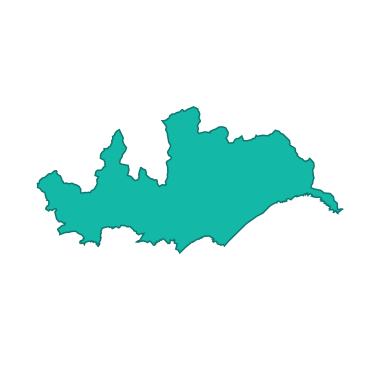 Lima, Lima Province, Peru, rotated 291°
{"feature_id": "86281439B5897753899369", "entity_name": "Lima", "entity_type": "district", "adm_level": 2, "iso_a3": "PER", "parent_name": "Peru", "parent_adm1": "Lima Province", "projection": "orthographic", "projection_center": [-76.975, -12.046], "detail": "fine", "context": "isolated", "style": "filled", "palette": "teal", "viewbox_px": 384, "rotation_deg": 291, "n_neighbors": 0, "source": "geoboundaries", "source_scale": "gbopen_adm2", "svg_char_len": 6073}
<svg xmlns="http://www.w3.org/2000/svg" viewBox="0 0 384 384"><g transform="rotate(291 192 192)"><path d="M130.8,202.4L138.0,205.7L144.9,209.6L145.1,210.2L146.1,210.7L146.0,211.1L149.1,213.2L149.4,213.7L149.1,214.2L149.4,213.9L150.7,214.9L150.6,215.6L152.9,216.9L152.7,217.3L153.1,217.2L153.9,218.2L153.4,218.9L153.9,218.3L155.6,219.8L156.0,220.9L155.7,221.2L156.8,222.6L157.1,225.3L156.6,226.0L156.7,227.0L156.3,227.1L156.2,229.1L155.3,229.2L155.0,228.7L154.9,229.2L154.6,228.9L153.7,229.0L154.0,229.4L153.0,230.0L154.0,230.9L154.5,232.4L154.4,233.0L152.7,234.3L153.0,236.7L152.6,237.7L154.3,240.0L153.2,241.6L158.3,243.3L181.6,253.9L192.7,261.2L197.8,265.8L206.6,269.6L208.6,271.0L211.9,273.8L212.3,275.1L213.3,274.9L214.3,275.9L214.6,277.2L214.0,278.4L214.9,279.2L214.8,280.1L216.1,280.6L216.0,281.6L216.8,282.2L216.8,282.9L217.8,283.3L217.2,284.2L218.4,282.9L219.6,283.2L220.5,284.4L220.2,287.1L223.6,288.7L225.6,290.3L225.3,291.0L226.0,291.3L225.5,292.1L228.6,295.5L228.6,297.5L230.3,297.5L230.9,298.5L230.2,299.1L231.8,299.4L232.3,300.0L232.0,300.5L231.3,300.2L231.2,301.4L230.8,301.0L230.4,301.4L231.1,301.4L231.6,302.2L232.0,302.0L232.8,303.4L232.1,305.6L231.0,305.0L231.0,306.6L231.5,307.3L231.1,307.6L231.8,310.8L232.8,312.3L232.9,314.2L232.4,315.1L231.9,314.9L231.4,315.5L231.2,315.2L231.0,316.0L229.9,315.5L230.5,318.6L230.1,319.4L228.9,319.4L228.9,321.2L229.2,321.4L228.2,322.0L228.4,322.5L227.9,323.1L228.7,323.6L227.7,324.9L228.1,326.1L226.3,326.5L226.0,327.0L225.0,327.0L225.1,326.5L224.5,326.8L226.0,329.8L225.1,331.6L223.8,331.2L223.7,331.7L225.8,332.9L225.7,333.6L224.6,334.5L224.3,335.9L225.6,335.5L226.0,336.3L229.5,338.2L230.2,339.3L229.5,337.1L228.1,335.0L228.2,334.0L233.6,331.5L235.0,327.6L238.2,325.8L240.1,321.5L238.4,315.7L239.7,311.8L238.6,305.1L238.5,302.5L238.9,301.4L240.5,301.0L243.3,301.5L245.8,300.8L249.1,300.8L249.9,299.9L255.8,296.7L257.9,297.0L259.8,296.7L262.9,295.1L265.5,290.1L265.5,289.7L263.3,289.3L262.4,288.0L261.3,287.5L261.4,285.0L262.4,283.2L262.3,281.3L263.7,277.0L264.9,277.1L267.0,273.7L268.0,273.7L269.7,272.5L270.9,266.2L272.4,266.0L275.0,264.5L278.6,256.0L278.5,253.9L279.8,251.7L279.5,247.7L274.8,245.8L273.8,244.1L271.7,242.9L270.2,237.5L267.4,233.0L267.9,231.6L264.4,231.3L263.8,229.7L262.1,228.7L259.5,224.9L258.4,221.6L262.1,218.4L258.7,216.4L257.8,214.6L256.4,213.4L252.8,212.9L250.8,208.8L253.8,205.6L254.3,204.5L257.4,205.2L260.7,204.4L264.0,200.3L263.7,197.3L262.5,194.2L259.2,191.5L255.7,187.7L254.7,187.2L253.9,187.7L252.7,182.4L249.1,177.5L250.5,175.5L253.3,175.3L255.9,173.3L258.7,173.6L260.7,174.4L261.7,174.0L264.0,171.5L265.2,171.8L267.6,171.2L269.2,170.0L269.9,168.7L271.6,167.6L272.0,163.0L267.3,158.0L264.8,156.3L264.5,155.6L265.4,153.9L265.2,153.2L261.7,151.4L261.3,150.0L258.1,147.2L257.7,145.5L254.9,143.9L252.6,144.2L251.8,143.1L250.5,142.7L248.1,139.8L247.8,138.7L244.1,144.5L243.2,145.0L240.8,145.1L238.6,147.5L230.1,152.5L228.0,155.2L226.1,155.7L220.8,154.9L220.0,155.2L217.8,157.2L217.6,159.3L216.6,160.5L214.8,160.2L211.7,157.7L210.2,157.5L206.2,160.6L201.7,162.4L199.2,162.8L197.0,164.0L191.9,163.5L190.1,165.2L189.1,164.9L187.9,161.3L185.5,159.7L186.7,157.2L190.5,155.0L190.5,153.9L189.5,152.7L190.0,150.6L189.6,148.6L191.4,143.2L194.2,142.0L195.9,140.5L195.9,137.4L196.6,135.9L196.3,135.4L191.5,135.7L188.9,136.2L186.7,137.4L183.9,137.0L182.2,134.4L184.7,129.4L184.3,125.9L190.1,125.2L193.9,122.8L192.8,116.5L192.9,114.8L193.3,114.0L196.2,113.4L199.8,114.1L201.9,113.8L206.8,115.1L209.9,114.9L212.4,111.0L215.0,108.9L217.8,108.4L224.1,101.8L221.9,100.0L219.7,99.2L217.2,99.2L215.2,98.0L213.4,99.1L211.3,98.7L209.2,99.6L204.9,99.1L204.1,98.0L202.4,97.8L200.9,94.4L199.4,95.3L196.9,93.8L194.3,93.3L190.7,94.4L190.3,98.4L187.9,100.5L186.4,100.8L185.0,101.9L183.5,100.5L181.2,100.1L179.7,99.1L178.3,95.8L176.6,95.0L172.7,95.6L172.7,99.3L169.4,98.7L165.6,100.7L159.6,99.8L157.1,97.7L154.8,97.1L154.8,95.9L153.7,94.1L153.4,92.7L151.2,89.0L151.4,88.3L154.8,87.1L156.7,84.5L157.2,81.8L156.9,80.4L157.2,77.1L155.3,73.3L155.4,71.7L154.0,69.4L155.5,67.9L155.8,67.0L159.7,63.6L160.2,60.4L161.5,58.6L162.9,58.4L163.2,57.7L162.3,55.9L159.2,54.4L158.1,53.3L157.9,52.2L156.1,50.9L153.5,49.9L150.7,46.7L149.6,46.7L148.9,45.9L147.9,45.7L145.1,46.2L144.9,45.0L144.2,44.7L143.2,45.6L141.0,46.2L140.8,48.8L139.0,51.8L138.7,54.6L137.9,55.6L135.9,56.6L135.5,57.4L134.6,57.5L133.2,59.3L132.3,59.4L132.5,61.0L132.0,61.7L129.2,62.8L128.2,62.7L125.8,61.4L123.7,61.6L123.0,65.0L124.7,65.7L124.8,68.2L126.2,69.0L127.3,70.2L127.5,71.1L126.2,72.1L125.3,71.3L124.1,71.2L118.3,75.3L116.5,78.7L117.6,80.0L116.9,83.3L117.6,84.9L115.7,84.9L114.0,82.7L109.2,80.0L108.5,80.3L106.5,83.3L104.9,83.8L108.8,88.2L110.4,91.7L112.2,94.0L113.7,97.6L112.6,100.8L112.5,104.6L110.6,107.6L109.9,108.0L109.3,107.2L107.8,107.4L107.2,106.3L106.6,106.2L106.6,105.6L105.7,105.2L104.3,105.6L104.8,106.6L104.2,107.0L105.1,108.0L105.2,109.3L104.4,110.4L106.8,110.4L109.3,113.6L109.6,114.6L109.2,115.3L110.5,116.1L109.8,117.7L110.6,117.9L110.2,118.4L110.9,120.4L109.0,121.4L108.9,121.8L110.0,122.6L109.1,122.6L109.1,123.1L108.1,123.0L107.4,124.4L108.4,123.5L108.9,124.2L110.6,124.4L111.5,123.4L114.7,123.9L115.4,123.2L117.0,123.5L117.4,122.5L119.4,122.1L119.8,121.5L121.1,122.0L122.2,121.1L126.1,121.2L129.8,126.3L129.4,127.8L130.2,128.8L130.3,130.3L129.6,130.2L129.3,130.6L130.0,131.4L130.8,131.3L130.9,132.2L132.4,133.0L132.6,135.1L132.1,136.2L133.1,137.2L135.3,137.6L136.6,141.3L136.3,143.9L137.5,146.6L135.7,151.2L135.0,151.7L135.1,154.1L133.5,155.2L133.0,157.6L134.4,158.6L135.0,160.3L135.7,160.6L135.4,161.7L135.7,162.0L128.0,160.6L126.7,158.8L125.5,158.2L125.9,159.7L128.0,162.3L128.9,164.3L129.2,167.2L128.9,168.5L131.0,170.0L130.5,172.0L128.7,175.0L128.8,175.9L130.2,176.7L131.2,175.8L132.1,177.4L132.9,177.7L133.3,177.0L134.2,179.0L135.0,179.4L135.7,179.2L136.2,180.8L136.8,180.6L137.6,181.4L138.1,182.5L135.4,188.1L135.8,189.0L136.3,188.9L136.3,189.6L139.5,189.0L139.6,191.6L139.9,192.3L141.3,192.4L140.9,193.2L138.0,193.8L138.2,196.8L132.9,197.3L132.8,200.0L130.8,202.4Z" fill="#14b8a6" stroke="#0f766e" stroke-width="1.5"/></g></svg>